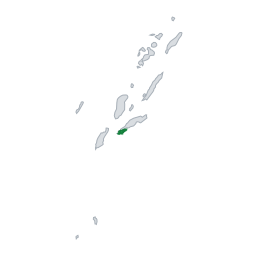 Small Malaita, Malaita, Solomon Islands (highlighted), rotated 91°
{"feature_id": "97153195B48441070638838", "entity_name": "Small Malaita", "entity_type": "district", "adm_level": 2, "iso_a3": "SLB", "parent_name": "Solomon Islands", "parent_adm1": "Malaita", "projection": "orthographic", "projection_center": [161.435, -9.524], "detail": "fine", "context": "in_parent", "style": "filled", "palette": "green", "viewbox_px": 256, "rotation_deg": 91, "n_neighbors": 0, "source": "geoboundaries", "source_scale": "gbopen_adm2", "svg_char_len": 6067}
<svg xmlns="http://www.w3.org/2000/svg" viewBox="0 0 256 256"><g transform="rotate(91 128 128)"><path d="M97.8,128.8L102.2,132.0L104.1,131.7L109.8,131.7L113.2,134.0L115.2,135.1L116.4,137.1L117.7,137.6L118.6,138.7L119.1,140.6L117.0,141.6L115.7,141.9L112.4,141.3L109.2,139.8L102.9,139.6L99.9,139.2L98.9,138.7L97.9,137.9L96.4,136.1L95.3,134.0L95.1,132.8L95.0,130.4L95.3,129.5L96.5,128.7L97.8,128.8ZM117.7,109.3L122.6,115.4L122.4,116.4L121.8,117.1L121.6,119.1L122.2,119.9L123.5,120.3L125.8,122.4L126.8,125.9L127.8,127.1L127.8,129.6L130.0,133.1L130.2,134.8L130.0,135.5L129.1,135.1L126.5,131.1L123.5,129.4L123.2,128.7L120.2,126.3L118.1,122.5L115.9,115.5L117.0,113.9L114.5,110.5L114.6,109.6L116.4,109.8L116.7,109.4L117.7,109.3ZM99.7,112.4L100.3,114.3L97.7,112.6L95.6,110.6L89.8,108.4L88.5,107.2L87.5,107.1L84.5,105.2L81.6,104.0L79.3,101.7L78.3,101.3L76.4,99.6L74.6,98.4L74.0,96.2L72.2,94.7L71.8,94.1L77.4,95.2L79.9,97.6L82.1,98.9L82.9,99.9L84.9,101.2L86.6,101.3L88.4,102.7L90.0,103.0L91.3,103.7L99.6,109.7L98.6,111.3L99.7,112.4ZM136.9,151.2L139.4,152.4L140.9,152.2L143.0,153.0L144.6,152.5L145.7,153.6L148.2,157.7L148.2,159.0L149.9,160.0L148.5,160.2L146.5,159.7L145.0,160.0L143.4,159.2L140.7,158.8L138.3,157.8L133.4,154.8L133.4,153.3L132.6,152.5L132.4,150.6L130.6,150.0L128.5,149.9L128.4,149.1L128.8,147.5L130.3,147.5L132.2,148.2L136.9,151.2ZM52.4,89.9L53.0,90.7L51.5,91.9L49.5,91.2L49.0,90.2L47.5,90.5L44.7,89.9L40.7,87.1L36.5,81.7L32.5,78.7L31.7,77.8L31.6,76.3L32.1,75.7L34.6,76.3L37.9,78.7L43.2,81.2L44.7,82.5L45.6,85.7L46.5,86.6L49.4,89.0L52.4,89.9ZM58.1,108.3L59.3,109.9L60.8,113.6L60.6,114.8L59.5,114.9L59.3,115.7L57.8,114.0L56.0,113.5L54.6,112.4L54.0,108.9L52.9,108.7L49.9,109.0L48.9,110.2L47.5,109.9L47.2,108.8L47.4,107.8L49.3,106.7L49.6,105.4L51.5,103.2L52.6,102.8L54.8,103.5L55.1,106.7L55.8,107.8L58.1,108.3ZM114.4,179.6L113.0,180.3L111.8,180.0L110.8,179.5L110.0,177.9L108.3,177.0L105.9,176.6L104.7,175.6L103.1,175.3L102.6,174.4L102.7,173.6L103.0,173.1L104.5,173.5L111.9,177.6L114.4,179.6ZM36.6,102.1L36.2,102.4L35.5,101.3L35.0,101.0L35.0,99.8L33.0,97.8L32.8,96.4L34.0,95.1L35.6,95.9L37.1,97.5L39.0,98.0L38.6,99.1L37.0,101.2L36.6,102.1ZM46.6,105.2L45.8,106.0L43.7,105.9L42.0,103.9L42.0,102.3L43.3,100.9L44.8,100.6L45.7,101.2L46.5,102.3L46.8,103.8L46.6,105.2ZM65.0,117.1L63.1,118.7L61.6,118.2L60.5,116.9L61.0,114.8L62.2,114.3L62.8,113.6L64.9,114.2L65.5,114.5L64.2,115.6L64.9,116.4L65.0,117.1ZM224.4,159.3L221.1,159.7L219.8,161.1L218.1,160.9L217.6,159.7L217.6,159.1L218.5,159.3L219.0,158.1L220.0,157.5L222.2,157.3L225.0,158.0L224.3,159.0L224.4,159.3ZM133.6,135.8L133.7,138.7L132.2,137.1L131.5,137.7L130.8,136.9L131.0,133.5L129.9,130.3L130.8,130.6L133.6,135.8ZM50.7,117.9L50.7,118.2L49.6,117.6L47.2,114.9L47.6,114.0L49.8,112.2L50.5,112.0L51.1,113.1L50.6,114.7L49.9,115.1L49.6,116.6L50.7,117.9ZM106.1,123.1L107.8,123.4L110.9,126.0L110.2,126.9L108.7,126.4L108.3,126.6L107.8,125.7L106.2,124.9L104.9,124.9L104.7,123.9L106.1,123.1ZM86.6,125.8L84.3,125.5L83.6,124.9L84.4,123.8L85.4,123.2L86.3,123.8L87.4,123.9L87.5,125.2L86.6,125.8ZM19.5,85.7L17.5,86.2L16.3,85.6L16.8,84.0L17.5,83.2L20.0,84.6L19.5,85.7ZM96.5,113.3L95.5,113.6L94.1,112.9L93.5,112.2L93.8,111.2L94.6,110.8L95.6,111.5L95.6,112.2L96.5,113.3ZM239.7,177.8L238.0,178.1L237.3,178.0L236.2,176.2L237.1,175.9L238.3,176.0L238.7,177.1L239.7,177.8ZM55.8,118.7L55.8,119.4L54.6,119.2L52.1,118.2L52.0,117.7L53.4,117.5L54.5,117.6L55.8,118.7ZM35.1,105.6L34.7,107.6L33.7,105.2L33.9,103.1L34.3,102.9L35.1,105.6ZM67.9,119.4L66.5,120.0L66.0,119.2L67.1,117.0L67.9,119.4Z" fill="#d9dde1" stroke="#a8b0b8" stroke-width="1"/><path d="M134.2,137.1L134.1,136.6L133.9,136.5L134.1,136.3L134.0,136.2L133.8,135.8L133.6,135.9L133.6,135.6L133.8,135.6L133.8,135.2L133.8,134.8L133.7,134.6L133.7,134.8L133.7,134.7L133.6,134.8L133.7,134.7L133.5,134.4L133.4,134.4L133.5,134.3L133.4,134.3L133.4,134.2L133.2,133.9L132.9,133.6L132.7,133.5L132.7,133.4L132.8,133.3L132.6,133.3L132.5,133.2L132.4,133.0L132.2,133.0L132.2,132.9L132.3,133.0L132.3,132.9L132.3,132.6L132.2,132.6L131.8,132.4L131.8,132.1L131.7,132.0L131.7,131.9L131.6,131.7L131.2,131.3L131.1,131.2L130.9,131.0L130.7,131.0L130.8,131.0L130.8,130.9L130.6,130.7L130.5,130.4L130.4,130.4L130.3,130.5L130.3,130.4L130.2,130.5L130.1,130.4L130.0,130.5L130.0,130.4L129.8,130.3L129.7,130.2L129.6,129.9L129.4,129.7L129.4,129.8L129.4,130.1L129.5,130.2L129.6,130.5L129.6,130.4L129.7,130.5L129.7,130.4L129.8,130.5L129.7,130.5L129.8,130.7L130.0,130.7L129.9,130.7L130.0,130.6L129.9,130.6L130.0,130.6L130.0,130.9L129.9,130.9L129.9,131.2L130.0,131.2L130.1,131.3L130.0,131.2L130.2,130.9L130.2,131.0L130.3,131.0L130.5,131.2L130.6,131.3L130.4,131.2L130.3,131.3L130.2,131.3L130.3,131.3L130.2,131.3L130.2,131.6L130.4,131.7L130.5,131.6L130.5,131.8L130.8,131.8L130.7,132.0L130.5,132.3L130.5,132.5L130.4,132.6L130.5,132.7L130.4,132.7L130.3,132.8L130.2,132.8L130.3,133.0L130.5,133.2L130.5,133.3L130.8,133.5L130.6,133.7L130.6,133.9L130.7,134.1L130.9,134.3L130.9,134.5L130.8,134.9L130.8,135.0L130.7,135.1L130.7,135.3L130.6,135.5L130.8,135.7L131.0,136.0L131.2,136.3L131.3,136.2L131.3,136.3L131.4,136.5L131.5,136.7L131.8,137.0L132.0,136.8L132.1,136.4L132.1,136.2L132.1,135.9L132.2,136.0L132.3,135.9L132.3,136.0L132.6,136.3L132.7,136.6L132.8,136.7L132.9,136.8L133.0,136.8L133.0,137.0L133.3,137.4L133.5,137.4L133.5,137.5L133.9,137.9L134.0,137.9L134.2,137.2L134.2,137.1ZM130.2,132.7L130.0,132.3L130.0,132.5L130.0,132.4L130.0,132.5L129.9,132.5L129.9,132.9L130.1,132.9L130.2,132.7ZM130.5,131.9L130.4,131.8L130.2,131.9L130.3,132.0L130.2,131.9L130.2,132.0L130.3,132.0L130.2,132.2L130.3,132.2L130.5,131.9ZM133.7,134.5L133.7,134.4L133.5,134.0L133.6,134.4L133.6,134.5L133.7,134.5ZM130.3,132.6L130.3,132.4L130.1,132.6L130.3,132.7L130.3,132.6ZM130.4,133.2L130.2,133.0L130.4,133.2ZM130.3,132.1L130.2,132.1L130.3,132.1ZM130.5,132.3L130.4,132.2L130.3,132.3L130.5,132.3ZM130.5,133.2L130.4,133.1L130.5,133.2ZM129.7,131.1L129.6,130.9L129.6,131.0L129.7,131.1ZM130.5,132.5L130.5,132.4L130.4,132.4L130.5,132.5ZM129.5,130.9L129.4,130.9L129.5,130.9ZM130.5,131.3L130.4,131.3L130.5,131.3Z" fill="#22c55e" stroke="#15803d" stroke-width="1.5"/></g></svg>